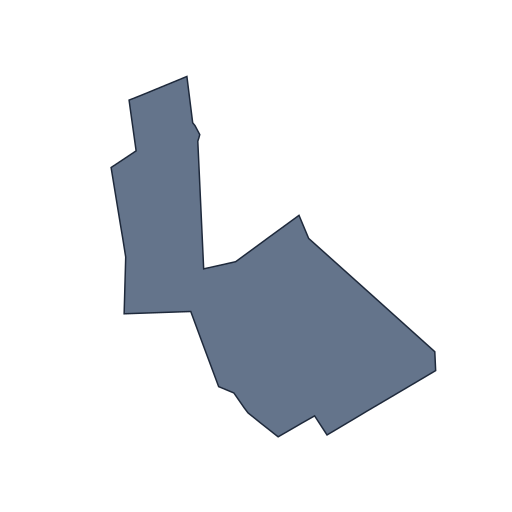 São Pedro do Piauí, Piauí, Brazil, rotated 163°
{"feature_id": "56859067B6189089480157", "entity_name": "São Pedro do Piauí", "entity_type": "district", "adm_level": 2, "iso_a3": "BRA", "parent_name": "Brazil", "parent_adm1": "Piauí", "projection": "robinson", "projection_center": [-42.771, -5.847], "detail": "fine", "context": "isolated", "style": "filled", "palette": "slate", "viewbox_px": 512, "rotation_deg": 163, "n_neighbors": 0, "source": "geoboundaries", "source_scale": "gbopen_adm2", "svg_char_len": 642}
<svg xmlns="http://www.w3.org/2000/svg" viewBox="0 0 512 512"><g transform="rotate(163 256 256)"><path d="M309.5,108.3L300.2,94.6L287.7,76.6L261.5,82.7L246.7,86.0L240.4,64.1L202.4,73.4L196.1,75.0L157.3,84.3L117.7,93.9L113.0,112.2L161.5,192.8L200.5,257.4L203.0,282.3L237.4,270.4L277.1,256.5L309.8,259.0L278.1,382.8L276.2,385.5L274.3,388.5L276.2,398.4L277.6,401.9L269.6,447.9L319.4,443.2L331.8,442.2L333.3,433.0L339.9,391.6L368.7,383.0L376.6,324.7L378.2,312.4L380.9,293.1L399.0,239.3L349.1,225.9L344.2,224.6L334.6,222.0L332.9,192.0L329.9,142.0L317.2,131.5L311.7,114.3L309.5,108.3Z" fill="#64748b" stroke="#1e293b" stroke-width="1.5"/></g></svg>